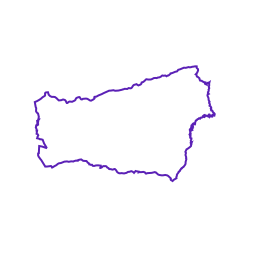 Tabio, Cundinamarca, Colombia, rotated 65°
{"feature_id": "7082276B43625125336018", "entity_name": "Tabio", "entity_type": "district", "adm_level": 2, "iso_a3": "COL", "parent_name": "Colombia", "parent_adm1": "Cundinamarca", "projection": "natural_earth1", "projection_center": [-74.079, 4.952], "detail": "fine", "context": "isolated", "style": "outline", "palette": "violet", "viewbox_px": 256, "rotation_deg": 65, "n_neighbors": 0, "source": "geoboundaries", "source_scale": "gbopen_adm2", "svg_char_len": 5708}
<svg xmlns="http://www.w3.org/2000/svg" viewBox="0 0 256 256"><g transform="rotate(65 128 128)"><path d="M65.1,201.5L70.0,202.8L71.2,202.8L73.8,204.2L74.3,204.3L76.4,203.8L76.8,203.4L80.2,204.1L82.1,205.5L82.5,204.9L82.8,205.4L82.7,206.1L83.2,206.5L83.1,207.3L84.0,207.6L84.0,207.3L84.3,207.4L84.5,206.9L85.1,207.3L85.8,208.3L86.4,207.8L87.0,208.1L87.0,208.6L87.2,209.0L86.8,210.0L87.5,210.6L88.2,210.9L88.5,211.3L90.6,211.4L91.7,212.0L92.0,211.5L94.6,213.3L95.5,212.5L96.7,212.4L97.8,213.8L98.4,214.2L98.9,214.7L100.0,213.3L101.1,212.5L101.3,211.8L102.6,210.3L106.6,210.6L111.2,210.1L111.5,210.6L108.5,213.7L106.8,216.1L113.2,219.5L113.1,220.2L114.7,221.0L116.2,221.1L119.3,220.5L120.3,220.2L128.0,219.3L128.1,218.8L128.6,218.0L129.9,213.9L130.4,213.6L131.7,213.6L131.8,213.3L131.5,210.8L131.4,208.6L130.9,207.0L130.8,205.6L131.4,203.5L131.6,199.9L132.5,197.4L133.6,196.0L134.2,193.6L135.3,191.6L135.2,191.0L135.5,189.1L136.4,187.4L135.2,186.8L135.6,186.9L136.2,186.3L136.2,185.4L136.7,183.7L138.8,182.5L140.4,179.6L141.3,179.3L142.3,179.2L143.4,178.4L144.6,178.5L144.9,177.8L145.5,177.5L146.2,176.1L146.9,176.1L147.4,175.9L148.1,174.7L148.4,172.8L149.2,170.9L150.6,168.6L151.8,169.2L152.4,170.0L152.6,169.8L152.6,168.3L152.2,167.3L152.2,166.6L152.3,165.9L152.7,165.4L153.2,164.2L153.9,163.7L154.9,163.6L156.2,162.6L156.9,162.6L157.4,162.2L158.0,161.0L159.1,159.8L159.3,159.2L159.4,157.8L159.6,157.3L161.0,156.7L161.9,156.5L162.7,156.6L163.8,156.2L164.6,155.7L165.3,155.1L165.9,153.9L166.1,153.0L167.5,150.8L168.0,148.4L167.8,146.5L168.3,145.2L168.5,143.3L169.3,142.5L170.5,141.7L171.2,141.5L170.2,139.3L170.5,139.0L172.1,136.7L172.7,137.1L172.8,136.2L173.6,134.7L174.2,132.8L174.4,132.4L175.5,131.4L176.7,131.2L177.0,130.8L177.1,130.3L177.0,129.8L178.7,125.4L179.3,122.3L179.9,121.9L180.1,121.5L182.8,120.4L183.7,119.6L185.2,117.4L185.7,116.2L186.3,114.1L187.5,112.5L188.5,111.8L191.8,110.5L192.7,111.1L193.2,111.1L194.9,110.0L194.3,108.6L194.0,105.3L193.2,105.1L192.4,104.5L192.0,103.9L191.1,103.5L190.5,102.7L189.5,100.7L189.0,100.5L188.9,99.3L188.7,98.9L188.2,98.6L187.8,97.6L187.5,97.4L187.2,96.7L187.3,96.2L187.0,96.0L187.0,95.5L186.7,94.9L186.8,94.3L186.6,93.9L185.3,91.5L184.3,90.7L183.2,90.2L180.8,88.2L179.9,88.2L179.1,87.6L176.7,87.3L175.1,86.0L173.9,86.1L172.1,84.0L172.0,82.7L171.5,80.1L171.0,78.6L169.9,77.8L169.2,77.8L169.2,77.2L168.7,77.0L168.2,76.5L168.3,77.2L167.6,77.3L167.0,76.6L165.9,76.4L164.8,75.2L164.2,74.9L163.4,75.7L162.9,75.7L162.6,75.5L162.2,75.0L161.6,74.7L161.7,75.0L161.2,75.2L160.4,74.8L159.9,74.9L159.5,73.7L158.8,73.9L158.4,73.3L157.2,73.1L157.1,71.9L156.6,72.6L156.4,72.5L156.2,72.2L156.0,72.3L155.9,72.7L155.5,72.5L155.4,72.5L155.3,72.2L155.5,71.9L156.0,72.0L156.1,71.4L156.4,70.8L156.4,70.4L156.0,70.3L156.0,70.8L155.5,70.8L155.3,71.4L155.1,71.4L154.7,71.0L155.0,70.7L155.0,70.1L155.5,70.1L155.7,69.9L155.5,69.4L154.6,68.9L154.4,69.7L154.2,69.9L153.5,70.0L152.9,69.7L152.4,69.2L152.3,68.3L152.8,68.1L151.8,67.8L151.6,67.4L151.5,66.4L152.1,65.6L152.4,65.9L152.5,66.4L153.0,65.8L152.6,65.4L152.2,65.3L151.2,64.7L150.6,63.9L150.2,63.7L149.9,63.4L149.9,62.2L149.5,61.7L149.4,61.1L149.6,60.1L149.2,59.7L149.3,59.4L149.9,58.7L149.4,58.3L149.3,58.0L149.5,57.3L149.8,56.9L149.7,55.9L148.9,55.2L148.7,54.2L148.5,53.6L148.6,52.9L149.0,52.8L149.2,53.7L149.7,54.4L150.1,54.5L150.4,54.1L149.8,53.0L149.8,51.9L150.9,51.1L150.9,50.7L151.2,50.4L151.9,50.0L151.6,49.9L151.0,50.3L150.5,50.0L150.0,49.0L150.2,48.5L150.9,48.5L151.3,48.9L151.4,48.0L151.7,47.7L152.2,47.9L152.3,48.1L152.5,48.3L153.2,46.9L152.6,46.6L152.4,46.3L151.9,46.1L151.7,45.4L152.0,45.0L152.9,45.2L153.3,44.5L152.0,43.5L151.3,43.6L151.1,43.9L150.6,43.8L149.2,44.4L148.2,44.2L147.8,44.4L147.4,45.0L146.9,44.8L146.6,45.1L146.1,44.8L145.3,44.8L145.1,44.5L145.1,44.1L144.9,44.0L143.4,44.0L142.3,44.7L141.3,43.8L140.7,43.7L139.9,43.9L139.6,43.6L138.9,43.6L138.6,43.0L136.7,43.1L134.9,42.4L132.3,42.3L131.7,42.0L131.3,41.6L131.2,40.4L130.2,40.8L129.8,40.4L129.3,40.4L129.0,39.7L128.2,39.0L127.3,38.8L127.0,38.3L126.5,37.9L126.2,37.5L124.8,37.4L123.9,36.5L121.7,35.5L121.0,34.9L121.1,35.5L120.9,36.0L121.1,37.1L120.8,37.0L120.8,37.9L121.0,38.2L121.9,38.4L120.6,39.5L120.1,39.5L119.3,38.7L118.2,40.2L117.8,40.3L117.2,40.9L116.4,41.2L115.5,42.6L114.5,42.6L113.1,42.3L111.3,43.1L110.7,43.7L110.2,43.8L108.6,43.4L108.0,43.9L107.2,42.1L105.5,40.2L104.3,39.7L102.7,40.3L102.2,40.3L101.2,39.7L101.0,40.0L100.5,41.0L99.9,43.3L99.6,44.0L99.6,44.7L99.2,46.3L98.4,47.3L97.9,50.2L97.0,51.8L96.8,56.1L96.5,57.9L97.4,59.5L97.2,60.7L97.0,61.5L96.9,64.6L96.5,66.3L96.9,66.6L97.0,67.2L97.4,68.6L97.5,69.2L97.2,70.0L97.4,71.2L96.2,72.0L95.6,73.8L94.9,74.7L95.0,75.5L95.3,76.1L95.4,78.0L94.9,79.6L94.9,80.9L94.4,81.6L93.7,83.4L93.8,86.0L93.6,87.0L92.7,89.1L91.6,90.7L91.6,91.3L92.1,92.5L92.7,94.6L92.5,96.4L93.5,97.2L93.9,98.2L93.8,100.6L92.5,101.5L91.9,101.7L91.5,104.2L91.5,104.8L92.0,105.9L92.9,107.2L93.2,108.0L93.2,108.7L92.9,109.3L92.1,110.5L92.3,112.2L91.1,114.4L91.0,115.9L90.8,116.5L90.8,117.2L90.0,120.9L88.9,123.7L88.5,124.3L87.6,125.2L86.8,127.9L86.2,129.3L86.1,135.3L86.2,137.5L86.0,140.9L86.2,143.4L85.6,145.2L85.9,145.6L87.0,145.8L87.2,146.2L87.5,147.6L87.6,149.9L87.1,150.7L84.5,152.4L83.6,153.6L82.5,156.6L82.7,157.5L82.4,158.1L82.1,158.4L81.3,158.6L79.6,158.8L79.3,159.2L79.0,161.1L79.1,162.3L79.6,163.1L80.3,163.8L80.6,164.8L80.6,167.6L79.4,169.6L79.3,170.3L79.3,170.9L79.7,172.2L79.6,172.7L79.5,172.9L78.8,173.0L76.9,173.0L75.9,173.4L74.7,174.8L74.6,176.7L73.8,179.0L72.7,179.5L70.7,180.2L69.1,181.1L68.4,182.1L67.5,184.0L66.2,185.1L64.3,185.8L61.8,185.4L61.1,187.3L61.1,187.9L61.5,188.5L63.3,189.3L63.7,189.8L64.0,192.4L64.7,194.6L65.0,196.8L65.2,199.3L65.1,201.5Z" fill="none" stroke="#5b21b6" stroke-width="2"/></g></svg>